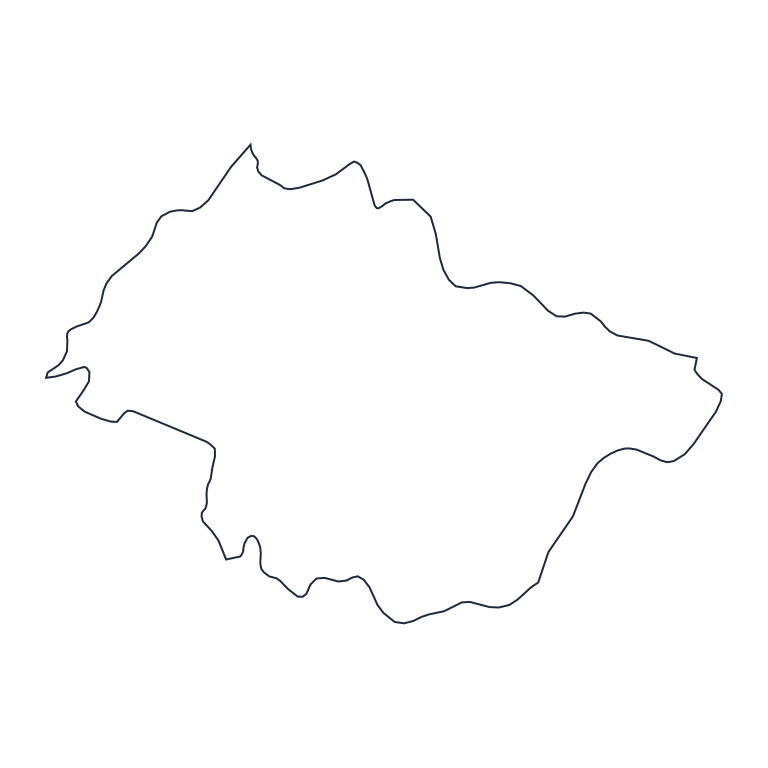 the border of Mascara
{"feature_id": "DZA-2201", "entity_name": "Mascara", "entity_type": "Province", "adm_level": 1, "iso_a3": "DZA", "parent_name": "Algeria", "parent_adm1": "", "projection": "equal_earth", "projection_center": [0.055, 35.403], "detail": "fine", "context": "isolated", "style": "outline", "palette": "slate", "viewbox_px": 768, "rotation_deg": 0, "n_neighbors": 0, "source": "natural_earth", "source_scale": "10m", "svg_char_len": 2525}
<svg xmlns="http://www.w3.org/2000/svg" viewBox="0 0 768 768"><path d="M413.1,199.7L430.7,216.7L435.8,234.0L439.8,257.7L443.4,269.8L449.0,279.9L455.7,286.3L467.3,288.1L474.1,287.6L490.9,282.8L499.2,282.2L510.2,283.2L520.9,286.1L533.4,295.5L548.2,310.9L556.7,316.3L565.2,316.6L574.9,313.7L583.5,312.6L590.7,313.6L600.8,321.4L604.9,326.6L610.0,331.5L617.4,335.5L648.6,340.8L674.8,353.6L696.9,358.0L694.5,369.7L697.1,373.8L702.1,379.1L718.5,389.8L721.9,393.9L720.8,401.2L715.9,411.7L693.4,444.3L684.9,454.1L673.8,461.1L667.0,462.2L660.5,460.3L653.7,456.6L636.6,449.6L629.1,448.4L624.4,448.6L617.8,450.4L610.9,453.5L604.1,457.7L597.5,463.2L591.1,472.2L585.6,483.5L572.9,516.4L548.4,552.1L538.2,582.5L531.1,587.3L517.6,599.6L509.4,604.9L498.9,607.5L489.5,607.1L469.8,601.9L461.8,602.4L444.2,611.2L429.1,614.4L421.5,616.9L413.5,620.9L404.2,623.3L394.7,622.0L383.3,612.8L377.5,604.9L369.5,587.3L363.8,579.8L357.8,576.3L352.4,577.5L346.2,580.6L338.2,581.5L324.9,577.9L316.5,578.5L310.6,584.4L306.3,593.9L302.6,596.8L297.7,596.6L288.2,589.2L280.1,580.8L276.5,578.3L269.3,576.4L263.9,572.4L261.3,568.9L260.5,565.1L260.3,561.5L260.8,553.7L260.5,550.1L260.1,546.7L257.9,540.9L256.3,538.4L254.2,536.3L251.5,535.8L247.7,537.7L244.6,543.1L243.5,547.4L243.2,551.3L241.9,554.3L240.2,556.5L226.1,559.5L218.6,540.8L212.2,531.5L202.9,521.4L201.6,516.7L201.8,512.9L203.5,510.5L205.3,508.6L206.3,505.9L206.9,502.1L206.5,493.6L207.1,488.2L208.1,484.1L209.6,481.4L210.7,478.7L212.3,468.1L215.0,456.2L214.8,448.6L210.4,444.5L206.8,441.9L133.0,411.2L127.8,410.7L124.4,413.0L117.0,421.9L110.7,421.6L100.9,418.7L84.7,411.7L78.1,406.3L75.9,401.4L83.7,390.2L89.0,381.2L89.4,372.1L86.9,368.2L84.5,366.9L76.1,369.2L66.6,373.3L55.8,376.5L46.1,377.8L47.7,372.5L58.7,365.1L63.0,360.1L67.0,351.1L67.4,340.7L67.0,336.9L67.3,333.5L68.5,331.2L71.3,329.1L77.0,326.4L88.6,322.4L93.5,317.7L97.1,311.4L99.7,305.7L101.0,302.1L103.6,290.4L106.4,283.6L111.7,276.1L138.7,253.6L145.7,246.2L152.2,236.6L156.8,222.6L161.4,216.3L169.8,211.8L176.8,210.4L181.5,210.2L192.2,211.2L200.2,207.5L208.3,200.3L231.1,166.8L250.5,144.7L251.0,148.9L251.7,151.2L252.9,153.8L254.3,156.0L255.6,157.5L256.8,159.1L257.8,161.2L257.8,164.1L257.1,167.4L258.2,171.3L261.4,175.2L279.6,184.8L281.9,186.4L283.8,188.1L286.3,188.7L290.6,189.2L299.8,187.6L321.9,180.7L335.9,174.3L349.8,164.0L354.0,161.6L356.6,162.4L360.6,165.2L364.9,173.4L367.3,179.1L374.7,205.6L376.6,208.0L378.3,208.4L382.7,205.8L385.2,203.6L390.6,201.2L394.4,200.0L413.1,199.7Z" fill="none" stroke="#1e293b" stroke-width="2"/></svg>